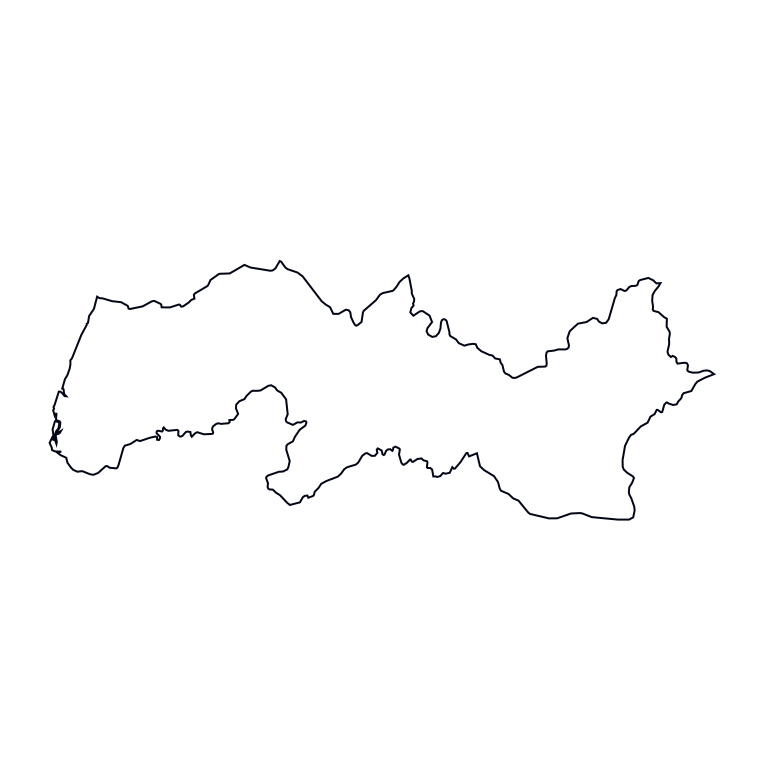 Pernambuco, Natural Earth projection, rotated 185°
{"feature_id": "BRA-1313", "entity_name": "Pernambuco", "entity_type": "State", "adm_level": 1, "iso_a3": "BRA", "parent_name": "Brazil", "parent_adm1": "", "projection": "natural_earth1", "projection_center": [-37.928, -8.379], "detail": "fine", "context": "isolated", "style": "outline", "palette": "ink", "viewbox_px": 768, "rotation_deg": 185, "n_neighbors": 0, "source": "natural_earth", "source_scale": "10m", "svg_char_len": 6127}
<svg xmlns="http://www.w3.org/2000/svg" viewBox="0 0 768 768"><g transform="rotate(185 384 384)"><path d="M703.2,287.0L699.6,288.5L706.0,288.2L709.0,289.3L709.4,291.6L712.0,296.2L709.4,303.0L708.7,302.9L708.5,298.7L707.9,301.9L705.1,295.7L704.9,297.9L706.5,303.6L706.0,305.8L704.8,305.6L703.7,306.2L702.5,307.3L701.7,309.1L704.7,306.9L705.9,307.2L703.2,312.5L703.1,317.4L704.0,318.6L707.6,319.5L707.8,326.6L709.2,323.5L711.3,329.1L710.5,330.6L711.2,332.2L710.3,334.5L707.3,348.0L706.0,348.2L704.3,347.3L701.1,344.1L699.5,344.1L701.7,346.1L702.8,350.9L703.6,352.1L704.3,350.4L702.3,360.9L700.3,364.9L698.5,371.6L698.1,376.0L698.5,380.3L697.1,382.3L689.7,406.8L685.3,416.9L685.4,418.0L684.2,419.1L683.7,426.0L679.5,433.6L677.4,446.0L674.8,444.7L671.9,444.8L662.0,442.8L653.1,442.6L646.1,439.5L645.0,436.8L643.5,436.6L631.2,440.3L622.5,446.1L620.2,446.8L613.7,444.4L612.8,443.6L612.2,441.0L604.1,441.6L595.2,445.3L594.0,444.9L592.8,443.4L590.9,443.8L585.5,448.3L583.4,450.9L580.3,452.5L581.2,456.2L580.2,457.8L568.6,466.1L567.8,467.1L565.9,472.5L557.8,479.4L547.3,480.7L533.4,490.5L527.2,488.4L507.0,486.9L504.7,487.5L502.2,489.8L498.6,497.4L497.0,496.8L492.6,491.6L490.1,490.0L479.9,487.5L474.4,484.1L453.3,461.0L448.9,458.0L444.4,455.8L440.7,449.5L435.3,449.9L428.5,454.7L425.5,454.3L423.8,452.4L422.7,447.8L419.7,442.5L417.8,440.1L416.8,439.7L415.6,440.2L411.8,443.8L411.2,453.5L410.6,455.1L399.3,466.8L395.8,472.6L393.1,474.5L383.6,477.5L382.5,478.4L379.7,482.5L377.4,487.0L373.9,490.9L369.2,494.4L367.8,491.1L364.4,479.0L364.2,476.5L361.3,471.3L361.3,468.8L362.1,466.5L361.3,464.8L363.4,461.8L364.0,457.6L360.7,454.6L354.6,459.5L351.8,460.0L344.6,456.1L341.5,449.9L345.6,443.4L346.2,440.3L344.3,437.1L340.0,435.1L336.4,436.2L333.8,439.7L332.6,444.3L332.6,449.9L331.9,452.7L330.3,453.8L328.3,453.4L327.1,452.2L323.4,441.5L323.1,439.1L322.2,437.6L316.2,434.7L313.0,431.2L307.3,429.2L303.2,430.8L298.5,431.8L296.0,431.6L294.2,428.2L289.9,425.1L281.6,422.2L278.3,421.8L275.6,419.2L270.7,418.6L269.6,415.3L267.7,413.2L265.6,406.9L264.0,405.1L260.3,403.9L256.6,401.4L254.6,401.4L252.5,402.0L232.3,414.5L224.9,415.4L223.8,416.4L223.7,418.7L225.1,426.4L224.8,429.4L223.9,430.8L217.5,432.1L213.3,433.7L206.6,434.2L204.6,434.9L203.3,436.4L203.1,438.5L205.3,445.6L204.0,451.3L203.3,453.1L196.1,461.0L187.6,463.4L181.6,468.1L177.3,467.4L175.3,464.9L171.9,463.4L168.1,464.3L165.8,468.1L161.5,489.8L160.3,492.8L160.3,496.8L159.6,497.9L156.6,499.2L152.5,497.6L150.7,498.3L148.1,502.0L146.0,503.2L141.9,503.7L140.3,504.6L139.2,508.8L137.8,509.9L129.9,512.7L124.8,510.7L121.4,508.0L117.4,508.6L119.0,505.1L122.4,500.2L124.2,496.0L124.1,490.3L122.7,484.5L122.8,481.8L121.8,480.3L116.8,479.5L110.9,475.1L107.9,473.7L107.4,465.6L104.1,461.0L103.6,458.9L104.0,453.9L103.4,448.5L104.4,440.8L103.2,438.0L100.6,435.9L98.8,437.2L96.0,436.0L95.0,434.7L94.6,431.6L93.4,429.9L86.3,431.4L84.1,431.1L82.8,429.1L83.1,424.4L82.6,423.5L80.9,422.7L77.1,422.2L71.5,422.9L66.7,425.1L63.4,425.7L60.6,425.3L56.0,422.6L64.9,418.2L72.0,413.7L73.8,411.2L77.2,403.8L84.8,400.9L85.9,399.1L86.6,395.8L89.4,392.1L90.6,389.3L94.1,388.3L98.9,389.4L100.3,390.3L101.2,390.1L103.0,387.7L104.4,380.4L105.7,380.0L109.0,382.0L110.1,382.0L111.8,377.6L115.7,374.7L118.0,368.5L124.5,364.1L130.8,356.2L133.5,354.8L135.2,352.0L138.5,343.4L139.7,329.0L139.0,322.5L137.7,319.7L133.9,316.7L128.1,313.7L126.8,312.2L128.2,307.2L130.6,302.6L130.7,298.0L129.9,295.1L127.8,291.9L124.0,283.6L123.3,279.7L124.1,272.9L128.0,270.3L139.0,269.3L165.4,269.5L175.4,272.4L177.7,272.5L186.4,271.3L199.8,265.3L208.0,264.5L227.3,267.3L229.3,268.7L239.8,279.5L245.3,281.3L250.4,285.3L258.2,287.9L259.6,290.0L261.9,296.3L266.4,301.8L276.7,306.9L281.2,310.4L285.4,323.1L292.9,319.3L294.8,322.6L295.9,322.4L301.1,312.7L305.9,306.0L307.2,305.7L308.7,307.1L310.8,301.3L314.7,300.0L317.4,300.5L320.0,297.1L323.0,296.0L324.8,296.5L326.8,296.2L328.6,303.0L330.7,304.4L333.3,304.1L334.0,304.8L333.9,309.9L334.5,310.8L338.0,311.4L340.1,313.1L344.2,312.2L348.2,309.0L349.5,309.1L350.9,311.1L351.5,311.0L354.5,307.3L357.3,305.2L358.5,305.6L359.9,307.2L362.9,314.9L362.5,320.2L363.1,321.0L367.1,322.6L369.1,321.5L369.4,318.8L369.9,318.1L372.1,319.6L374.7,319.0L376.1,317.5L377.3,313.8L378.1,313.2L379.3,313.8L380.6,317.6L384.6,319.3L385.5,318.0L384.6,314.9L386.8,311.7L389.9,311.3L394.9,313.7L396.5,313.2L399.4,310.6L402.9,303.4L405.1,301.2L413.5,297.9L416.2,295.6L419.0,290.9L421.9,287.7L433.0,282.3L437.8,279.1L440.2,274.7L443.6,270.6L444.2,267.2L445.0,266.2L449.5,264.1L450.6,266.2L453.3,265.6L455.0,264.1L457.4,258.8L467.2,255.3L470.1,257.2L477.8,264.1L482.1,266.3L485.6,269.1L489.0,269.0L490.3,269.8L491.0,271.4L490.9,274.9L493.3,280.1L492.8,281.6L491.2,282.9L481.1,287.4L477.0,288.0L472.9,290.5L472.0,292.9L471.2,299.0L475.6,309.9L475.8,313.9L474.8,315.5L469.7,319.0L468.2,323.5L463.9,331.2L458.7,335.7L457.9,339.1L458.7,340.1L460.5,340.2L463.3,338.4L467.0,338.2L471.2,335.3L477.6,337.5L478.5,338.8L478.8,340.5L477.3,345.5L480.2,360.2L485.6,366.3L489.9,368.3L492.3,371.1L496.3,372.9L499.1,372.1L506.3,366.9L509.1,366.2L514.3,365.8L515.8,364.9L519.9,360.2L521.7,356.8L526.6,354.2L529.4,350.6L529.4,346.9L526.7,341.5L530.0,336.0L531.3,335.1L534.9,334.6L534.4,332.5L535.7,331.3L542.7,330.1L545.9,330.4L547.8,329.5L550.5,327.0L551.2,325.5L551.2,323.5L550.0,321.0L550.1,319.8L551.0,319.3L559.0,318.2L565.9,319.7L568.2,318.1L570.9,314.7L571.8,315.7L572.7,319.3L575.8,319.5L577.3,318.8L580.3,314.7L581.9,313.9L583.1,314.0L584.5,315.0L584.7,319.2L585.8,320.3L594.7,318.6L597.4,319.4L599.6,321.5L600.3,320.5L600.3,318.2L601.0,317.3L605.1,317.8L606.1,317.2L606.4,316.3L606.2,315.1L602.6,312.0L602.5,310.1L603.3,308.6L605.2,308.7L605.5,311.4L607.0,311.8L612.7,310.0L622.0,305.9L625.5,306.7L631.3,302.2L636.9,299.9L638.1,297.3L641.4,280.1L642.4,277.3L643.3,276.6L650.1,276.7L652.6,278.1L654.1,277.9L661.0,270.5L665.6,268.2L669.1,268.5L677.0,270.9L681.9,269.9L686.1,271.4L688.3,273.2L692.5,278.0L694.1,282.8L700.1,285.0L703.2,287.0ZM707.2,304.9L708.9,304.9L709.4,305.7L709.3,306.6L710.2,309.7L708.6,318.1L707.9,318.4L704.0,317.3L704.4,311.4L706.5,308.4L707.2,304.9Z" fill="none" stroke="#020617" stroke-width="2"/></g></svg>